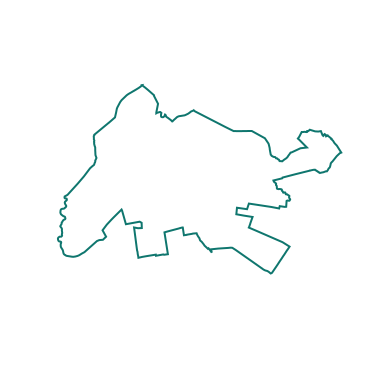 Halmeu, Satu Mare, Romania (Mercator projection), rotated 37°
{"feature_id": "2599482B67315502601683", "entity_name": "Halmeu", "entity_type": "district", "adm_level": 2, "iso_a3": "ROU", "parent_name": "Romania", "parent_adm1": "Satu Mare", "projection": "mercator", "projection_center": [23.064, 47.974], "detail": "fine", "context": "isolated", "style": "outline", "palette": "teal", "viewbox_px": 384, "rotation_deg": 37, "n_neighbors": 0, "source": "geoboundaries", "source_scale": "gbopen_adm2", "svg_char_len": 5890}
<svg xmlns="http://www.w3.org/2000/svg" viewBox="0 0 384 384"><g transform="rotate(37 192 192)"><path d="M111.8,301.6L113.0,302.8L113.5,304.1L113.9,304.5L114.4,304.9L114.6,305.7L114.4,306.4L113.2,307.3L112.9,308.1L112.7,308.9L112.9,309.8L113.6,310.6L114.6,311.3L115.7,311.4L116.0,311.3L116.9,310.7L117.5,310.7L117.8,310.9L118.2,311.6L118.4,312.4L118.8,313.1L119.8,314.3L120.2,314.7L121.2,315.2L123.4,316.0L124.6,316.8L125.9,318.0L126.8,318.6L128.0,318.8L128.7,318.6L129.2,318.7L130.4,318.4L135.3,315.8L136.3,315.1L137.6,313.8L139.1,311.9L140.0,310.3L141.1,307.4L142.3,304.8L145.6,288.4L146.9,286.2L149.6,283.8L150.3,279.4L143.6,276.4L143.6,269.3L144.3,262.5L144.7,259.4L146.3,248.4L147.3,248.9L158.6,257.5L168.1,247.2L170.3,246.9L173.6,251.0L170.7,253.4L167.1,255.2L181.2,269.6L183.3,271.7L184.5,272.6L186.1,274.3L187.5,275.5L188.8,276.8L191.3,273.8L194.1,270.8L200.8,263.8L201.6,264.6L206.7,259.1L207.4,259.0L210.2,256.2L194.3,240.8L195.7,238.9L203.4,229.1L204.1,228.1L204.8,227.2L205.6,226.2L206.0,225.9L211.6,231.4L213.6,229.4L213.6,229.2L217.2,225.4L217.7,224.7L220.5,222.2L221.8,223.0L223.6,223.8L225.5,224.4L225.8,224.5L227.3,225.6L227.9,225.8L228.7,225.9L229.6,225.9L233.0,226.8L234.3,227.3L236.5,227.5L238.9,227.8L239.1,227.0L244.3,228.5L242.9,227.3L241.4,226.6L247.1,221.3L254.3,215.1L256.4,213.2L257.6,212.4L257.8,212.3L261.7,212.0L282.4,211.3L295.8,210.9L297.6,210.6L299.6,209.8L300.2,209.7L301.5,209.6L303.9,209.7L304.4,208.8L304.5,208.5L304.5,207.7L304.1,199.2L303.8,194.8L303.6,190.8L303.4,188.0L303.4,186.9L303.0,181.5L303.0,180.2L302.8,176.9L294.5,177.6L277.0,181.8L267.4,184.1L258.8,186.2L258.7,185.7L257.7,182.5L257.4,181.8L255.4,175.5L247.9,179.5L240.8,183.1L237.4,177.5L246.3,172.6L244.4,167.0L264.4,156.2L271.5,152.7L270.6,150.5L275.0,148.1L276.1,147.1L273.3,142.8L273.0,142.4L272.9,142.1L273.0,141.9L273.2,141.6L273.8,141.0L274.6,140.7L275.0,140.4L275.1,140.0L274.9,138.9L274.7,138.7L273.4,138.3L272.9,138.0L272.6,137.6L272.2,136.6L271.8,136.5L270.8,136.6L270.0,136.6L269.4,136.6L269.0,136.8L268.7,137.2L268.3,137.3L267.9,137.1L267.3,136.6L266.8,136.3L266.7,136.3L266.3,136.5L266.1,136.7L265.7,137.3L265.3,137.6L265.1,137.6L264.5,137.1L264.1,136.9L263.1,136.9L262.9,136.8L262.4,136.1L262.1,136.0L261.3,136.2L260.0,137.0L259.3,137.7L258.3,138.1L258.1,138.2L257.6,138.0L257.4,137.7L256.3,136.5L255.9,136.1L255.7,136.0L254.9,135.9L254.6,135.6L254.3,134.9L254.1,134.7L253.2,134.5L252.3,134.6L252.2,134.5L251.7,134.4L251.3,134.5L250.7,134.2L250.1,133.8L255.8,126.8L255.8,126.6L255.7,126.6L255.6,126.0L263.7,115.8L272.7,104.7L273.0,104.3L273.2,103.9L273.4,103.9L273.9,103.2L275.7,101.1L276.1,100.8L276.8,100.3L277.5,100.3L277.7,100.2L279.6,100.1L279.4,100.0L280.8,99.9L282.2,99.8L282.9,99.6L283.9,98.4L285.1,97.1L285.4,96.6L286.4,95.0L287.3,94.3L287.3,93.3L287.3,92.7L287.0,91.2L287.0,90.9L287.2,89.7L287.1,88.9L286.2,86.8L285.6,85.6L285.6,84.1L285.8,83.4L286.0,76.3L286.7,72.1L287.5,70.7L283.0,69.0L279.6,67.7L279.3,67.7L276.4,67.2L273.8,66.2L272.4,66.0L271.3,65.9L271.3,65.5L266.9,65.3L266.2,65.3L266.1,65.2L265.6,65.6L265.6,65.8L265.6,66.3L265.8,66.5L265.6,66.8L265.3,66.5L264.5,66.0L263.1,65.9L262.9,66.7L262.7,67.2L263.2,67.6L263.1,68.2L261.9,68.0L258.3,65.8L256.5,67.7L253.8,69.5L248.6,71.4L248.3,73.1L247.3,74.0L247.8,74.7L247.2,75.4L246.6,75.7L245.9,76.0L244.2,77.6L243.5,78.1L244.4,83.4L244.4,85.6L246.9,85.8L247.3,85.9L257.0,87.3L252.3,91.8L247.5,100.8L247.1,101.1L247.0,101.9L247.1,102.6L247.1,105.3L247.2,106.1L247.2,106.9L247.0,108.3L246.0,111.2L245.9,111.9L245.5,113.3L244.8,113.6L243.6,114.5L242.9,114.5L242.3,114.0L241.6,113.9L241.1,114.1L240.4,114.1L239.9,113.9L238.8,114.5L238.1,114.2L237.4,114.1L235.9,114.9L233.8,115.2L233.2,114.9L232.4,114.8L228.5,111.2L227.5,110.1L225.2,108.2L224.0,107.3L219.6,105.8L217.9,105.2L203.0,107.3L194.6,113.8L188.6,118.3L179.5,120.0L145.9,125.8L144.9,125.8L144.3,125.7L144.3,126.0L143.7,126.7L142.7,128.5L142.5,129.5L142.1,130.9L141.7,132.0L140.3,134.7L139.9,135.3L139.2,136.0L137.3,138.0L136.1,139.2L135.6,139.9L135.2,140.7L134.9,141.4L134.7,142.7L134.1,145.6L133.9,147.1L133.9,147.4L133.6,147.6L132.8,147.4L131.5,147.3L128.3,147.3L126.5,147.4L125.9,147.3L125.0,146.6L124.5,146.4L124.1,146.3L123.8,146.4L124.2,147.3L124.3,148.1L124.2,148.9L124.0,149.5L123.2,150.2L122.6,150.4L122.0,150.4L121.5,149.9L120.9,149.2L120.4,148.3L120.0,147.3L118.7,147.2L118.4,147.3L118.0,147.7L116.3,150.0L116.1,150.6L115.7,150.1L111.8,142.0L103.8,138.1L103.5,137.6L95.6,137.0L91.4,136.8L87.8,136.8L87.8,136.7L87.4,137.1L87.7,137.6L87.7,137.9L87.6,138.5L86.8,141.0L85.7,143.8L82.3,151.9L82.0,152.8L81.6,154.1L80.5,160.9L80.5,161.8L80.5,162.9L80.6,163.9L81.5,169.5L81.7,170.1L81.8,170.6L83.7,174.5L85.6,178.8L84.2,185.4L83.0,190.4L79.5,205.1L79.9,205.5L79.9,205.9L79.9,206.4L80.2,206.9L80.7,207.4L81.5,208.4L82.1,209.2L82.8,209.5L83.1,209.8L83.2,210.0L83.5,210.7L83.5,210.8L83.6,211.0L84.0,211.2L84.2,211.4L84.7,212.2L84.9,212.5L85.6,213.0L86.4,213.7L87.5,214.4L87.9,214.7L89.9,217.3L90.6,218.1L92.0,219.8L92.8,220.7L95.2,222.3L95.4,223.1L95.6,223.9L95.8,225.1L96.3,225.7L96.6,226.4L96.7,226.7L96.8,227.5L97.3,228.8L97.4,229.3L97.4,229.5L96.9,231.3L96.3,234.4L96.3,244.6L95.7,254.2L94.3,269.2L93.0,272.2L93.4,273.0L93.8,273.4L94.3,273.5L95.8,272.8L96.1,272.9L96.7,273.5L96.9,274.0L96.8,274.5L96.5,275.9L96.5,276.3L96.7,276.8L96.9,277.2L97.3,277.5L97.9,277.9L98.7,278.3L99.5,278.5L99.9,278.8L100.1,279.0L100.2,279.5L100.3,279.9L100.2,280.6L100.0,281.0L100.0,281.7L99.8,282.2L99.4,282.7L98.5,283.5L98.0,284.3L97.9,284.8L98.0,285.5L98.4,286.3L99.3,287.7L100.0,288.2L100.7,288.6L101.5,288.7L103.0,288.7L103.9,288.7L105.0,288.3L105.4,288.3L105.9,288.6L106.8,289.3L107.0,289.8L107.0,290.2L106.8,290.6L106.3,291.5L106.2,292.1L106.2,292.8L106.4,293.9L106.3,294.7L106.5,295.1L106.9,295.7L107.1,296.1L107.3,298.2L107.4,298.6L107.7,298.8L109.5,299.3L110.1,299.6L110.5,299.9L111.1,300.9L111.8,301.6Z" fill="none" stroke="#0f766e" stroke-width="2"/></g></svg>